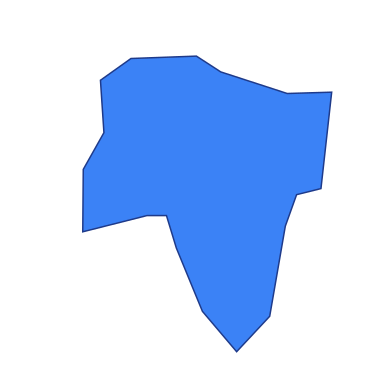 the Parish of Saint Paul, rotated 18°
{"feature_id": "ATG-5096", "entity_name": "Saint Paul", "entity_type": "Parish", "adm_level": 1, "iso_a3": "ATG", "parent_name": "Antigua and Barbuda", "parent_adm1": "", "projection": "equal_earth", "projection_center": [-61.766, 17.027], "detail": "fine", "context": "isolated", "style": "filled", "palette": "blue", "viewbox_px": 384, "rotation_deg": 18, "n_neighbors": 0, "source": "natural_earth", "source_scale": "10m", "svg_char_len": 389}
<svg xmlns="http://www.w3.org/2000/svg" viewBox="0 0 384 384"><g transform="rotate(18 192 192)"><path d="M313.6,148.9L292.3,162.2L291.3,195.6L304.3,286.2L283.8,330.1L238.8,302.3L194.4,250.1L175.0,222.3L156.5,228.3L100.4,263.6L81.6,204.1L89.9,162.8L70.4,114.0L92.7,83.9L154.2,61.4L182.2,68.9L252.1,68.9L294.0,53.9L313.6,148.9Z" fill="#3b82f6" stroke="#1e3a8a" stroke-width="1.5"/></g></svg>